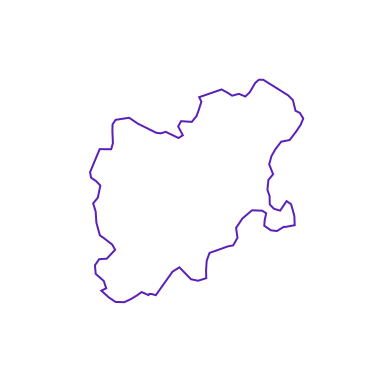 outline of Jinju-si, South Gyeongsang, South Korea, rotated 304°
{"feature_id": "91817680B32789615967236", "entity_name": "Jinju-si", "entity_type": "district", "adm_level": 2, "iso_a3": "KOR", "parent_name": "South Korea", "parent_adm1": "South Gyeongsang", "projection": "orthographic", "projection_center": [128.134, 35.192], "detail": "fine", "context": "isolated", "style": "outline", "palette": "violet", "viewbox_px": 384, "rotation_deg": 304, "n_neighbors": 0, "source": "geoboundaries", "source_scale": "gbopen_adm2", "svg_char_len": 1425}
<svg xmlns="http://www.w3.org/2000/svg" viewBox="0 0 384 384"><g transform="rotate(304 192 192)"><path d="M175.9,91.5L151.4,96.4L147.4,100.4L147.4,106.4L146.1,112.4L134.7,117.1L127.3,116.4L121.9,123.1L113.2,129.8L104.5,139.9L104.5,144.6L103.8,155.3L101.1,160.6L89.0,158.6L84.4,152.6L77.0,152.5L70.3,157.9L68.9,168.6L64.2,174.7L59.5,172.0L58.1,182.0L58.1,190.1L62.8,197.5L69.5,201.5L75.5,204.2L80.9,206.2L82.2,213.6L83.6,213.6L84.9,215.6L86.2,219.7L115.1,220.4L122.5,223.7L119.1,239.9L121.8,246.6L128.5,252.0L135.2,247.3L143.3,242.6L151.3,240.6L162.1,248.6L166.8,252.0L170.8,256.0L179.5,255.3L186.9,248.6L198.3,248.6L210.4,252.0L215.8,260.7L215.8,265.4L209.1,268.1L204.4,270.8L204.4,278.9L207.1,284.2L214.5,287.6L215.2,288.9L221.9,295.7L229.3,290.3L234.6,284.2L237.3,280.9L237.3,275.5L225.9,275.5L223.9,269.4L225.2,263.4L231.9,258.7L236.0,253.3L244.7,248.6L252.1,249.3L258.1,240.5L266.2,237.8L274.2,237.2L283.6,237.8L289.7,243.9L299.8,244.5L308.5,244.5L315.2,243.1L317.9,237.1L317.2,232.4L324.6,224.3L325.9,217.6L324.9,188.4L322.5,184.7L317.8,183.4L307.0,184.1L301.0,182.8L299.6,176.0L294.3,171.4L294.2,166.0L293.6,159.3L287.5,154.6L274.6,144.9L272.1,149.3L262.7,152.0L257.3,153.3L250.0,152.6L244.6,143.3L238.6,143.9L233.9,152.7L229.2,150.6L227.2,136.6L223.1,133.2L221.1,129.2L218.4,109.1L218.4,98.4L209.1,88.3L203.7,88.3L198.3,91.7L188.3,99.1L182.3,101.1L175.9,91.5Z" fill="none" stroke="#5b21b6" stroke-width="2"/></g></svg>